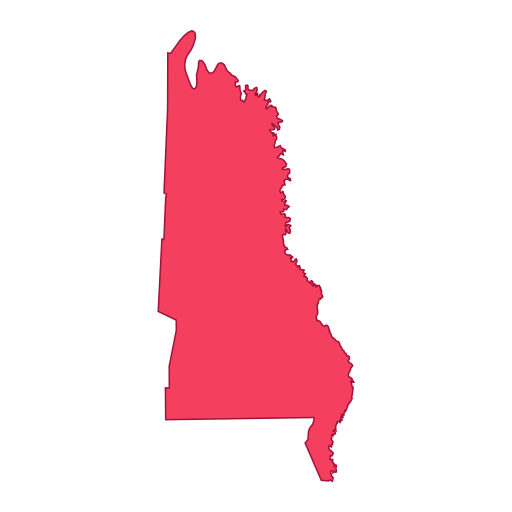 General Manuel Belgrano, Misiones, Argentina
{"feature_id": "61730980B47006381015187", "entity_name": "General Manuel Belgrano", "entity_type": "district", "adm_level": 2, "iso_a3": "ARG", "parent_name": "Argentina", "parent_adm1": "Misiones", "projection": "equal_earth", "projection_center": [-53.829, -25.979], "detail": "fine", "context": "isolated", "style": "filled", "palette": "rose", "viewbox_px": 512, "rotation_deg": 0, "n_neighbors": 0, "source": "geoboundaries", "source_scale": "gbopen_adm2", "svg_char_len": 6036}
<svg xmlns="http://www.w3.org/2000/svg" viewBox="0 0 512 512"><path d="M165.7,419.7L313.9,417.5L314.1,419.3L312.8,424.0L310.0,427.6L309.0,429.8L308.4,432.2L308.0,439.5L305.1,443.0L321.3,480.3L328.6,480.9L330.0,480.0L332.4,481.3L333.1,477.5L331.3,475.6L330.6,471.4L331.4,470.8L333.1,470.8L333.3,471.3L332.9,472.9L334.2,472.0L336.0,472.2L336.5,470.9L335.9,468.7L336.4,466.3L336.1,465.1L335.5,464.9L334.2,466.0L334.2,464.2L333.8,463.1L332.4,462.4L332.8,460.4L332.6,459.3L331.0,459.9L330.1,459.6L330.4,457.7L329.9,456.1L331.1,455.6L331.9,456.0L333.0,454.2L333.2,453.0L331.5,451.0L329.3,449.7L328.6,446.3L329.4,445.7L331.4,447.0L331.8,445.5L331.6,444.9L332.6,444.3L332.3,443.4L332.9,442.7L332.9,441.6L331.2,439.5L331.8,438.0L331.6,436.5L332.1,435.8L332.0,434.8L333.2,435.6L333.4,434.2L335.1,434.0L335.5,433.5L334.6,431.5L333.3,431.3L334.1,429.9L335.7,430.6L335.3,430.0L335.9,429.5L335.6,426.9L336.5,423.8L337.3,423.2L337.0,422.0L339.2,421.4L340.0,422.5L340.3,422.0L339.7,421.4L339.9,419.9L340.4,419.7L341.1,420.7L342.1,420.1L342.0,419.0L341.0,418.0L341.0,416.9L341.3,416.5L341.8,417.4L343.0,417.3L342.3,415.4L343.4,415.7L342.3,414.7L343.8,414.9L343.6,413.7L344.0,413.8L343.9,413.0L344.5,412.4L344.9,410.7L345.4,411.1L345.4,410.3L346.0,410.4L346.4,409.8L348.1,404.7L350.6,401.5L351.7,399.3L352.1,398.2L351.6,395.9L352.2,395.0L353.1,387.8L353.1,387.2L352.3,386.9L351.4,383.7L351.6,382.7L350.7,382.1L350.7,381.6L351.4,381.5L352.1,382.2L353.8,382.2L352.6,380.6L352.7,380.2L351.7,379.9L352.1,379.0L351.6,378.2L348.8,376.6L348.2,375.4L349.1,372.5L350.7,369.4L350.5,368.6L351.6,366.9L352.5,366.4L352.3,364.8L351.6,364.1L348.3,361.6L348.4,360.6L349.4,358.8L349.3,356.7L348.3,355.9L346.7,355.7L346.1,353.5L344.6,352.8L343.8,350.6L342.3,349.6L341.2,346.9L340.3,346.0L339.4,343.5L339.6,343.3L338.3,341.5L336.3,341.1L334.2,338.5L332.0,337.2L330.8,333.8L329.3,331.9L329.9,331.2L329.1,329.7L329.2,329.2L328.5,328.5L328.5,326.8L326.8,325.3L325.8,325.2L324.5,326.4L323.3,325.8L321.2,323.6L320.2,321.7L318.8,320.8L318.0,321.0L317.9,320.5L316.7,320.2L316.8,319.3L316.2,317.9L316.4,316.3L317.7,313.5L317.6,309.6L317.2,308.9L317.3,304.2L318.1,303.8L318.9,299.5L319.6,298.7L320.5,299.1L320.8,298.0L322.0,297.8L322.8,296.8L321.3,293.4L321.7,291.7L321.1,289.9L320.6,289.8L320.7,288.1L320.2,288.2L320.0,286.8L319.0,285.3L318.0,285.9L317.0,285.4L316.6,286.8L315.9,287.0L315.3,286.0L315.4,284.7L313.8,283.7L313.2,286.0L312.5,285.8L311.7,284.1L312.9,282.0L311.7,280.7L310.9,280.9L310.1,283.0L308.3,281.2L307.2,280.8L307.4,278.7L306.8,277.5L306.0,276.7L304.0,276.3L304.2,275.4L305.5,273.9L303.0,272.3L304.2,270.1L299.8,269.2L300.1,267.3L299.5,265.7L298.7,265.7L298.5,266.7L297.6,266.8L295.6,264.1L297.0,261.1L296.4,259.0L294.9,259.5L294.6,260.8L293.7,261.8L292.5,261.3L291.1,261.5L291.2,260.3L290.4,257.7L291.7,258.2L292.7,257.5L292.6,256.9L289.6,254.7L287.9,255.2L286.0,254.2L285.0,253.3L284.6,252.3L285.2,251.4L285.1,249.9L287.6,249.3L286.8,247.7L284.9,247.2L284.6,245.6L283.5,244.8L283.5,241.1L282.4,235.3L282.7,234.6L285.3,234.7L285.8,234.2L285.6,229.2L286.1,229.4L287.2,231.8L288.2,233.0L289.5,233.3L290.2,232.5L290.3,230.3L289.2,227.7L290.8,225.5L288.0,224.4L285.7,226.7L285.1,225.2L285.9,224.5L285.7,223.2L286.2,222.6L289.7,221.5L290.5,218.9L289.0,217.6L285.1,217.4L285.4,215.2L285.0,214.3L284.3,213.7L281.2,214.3L280.0,212.1L283.7,211.5L283.6,209.2L286.4,209.7L287.6,207.9L289.2,206.7L287.3,205.3L284.7,205.3L284.8,204.0L286.3,200.7L285.5,200.2L284.3,201.3L283.3,201.4L282.6,201.1L281.7,199.7L284.0,199.1L285.0,198.1L285.4,196.4L283.3,193.6L283.4,192.4L282.8,191.3L280.7,192.9L279.9,191.5L280.3,189.3L282.0,187.0L282.0,186.0L282.7,185.3L285.0,184.9L284.0,180.5L286.6,179.2L288.0,179.3L289.7,180.6L290.6,180.6L290.4,178.8L287.4,177.1L287.8,174.6L289.6,173.1L289.7,170.0L289.3,169.2L288.1,168.6L286.0,169.4L283.5,169.3L282.3,168.8L282.8,167.8L285.7,166.7L286.6,164.1L283.9,160.4L281.1,158.6L279.2,158.7L277.5,157.3L279.4,155.8L280.7,153.3L283.3,154.9L282.6,150.8L283.2,150.4L285.3,151.4L285.5,150.5L284.8,149.4L281.3,147.9L280.2,145.6L277.3,147.1L275.1,147.6L274.3,147.2L274.2,145.5L275.1,142.7L275.2,140.9L276.3,139.6L276.8,137.4L275.9,135.3L275.9,134.3L273.3,135.9L273.0,134.4L274.0,133.8L274.0,133.1L272.8,132.7L272.3,133.1L271.4,132.5L269.8,130.2L270.2,129.7L273.6,129.7L274.5,129.1L274.8,127.9L274.2,127.5L273.8,126.2L272.0,124.6L271.8,124.0L272.2,123.5L276.5,127.0L277.2,128.0L277.6,130.0L279.4,129.4L279.8,126.9L278.5,125.0L278.1,122.6L282.3,121.7L282.6,120.6L278.9,118.7L277.6,118.7L276.6,116.2L278.4,114.3L278.3,113.8L276.9,111.7L275.7,107.3L271.7,106.7L272.0,105.7L270.8,105.2L268.1,107.1L266.9,108.8L266.0,108.5L266.1,106.5L267.8,104.6L268.2,102.7L269.1,101.6L270.1,102.1L270.8,101.0L269.4,98.8L267.2,100.7L266.3,100.2L264.3,100.1L265.2,95.5L265.1,93.8L266.5,91.9L266.0,90.8L265.1,90.4L262.3,92.4L261.5,93.8L259.6,95.0L259.5,96.4L258.3,96.9L257.6,95.7L257.6,93.3L256.7,93.5L256.5,94.8L255.9,95.3L255.4,95.2L255.1,93.9L257.2,90.4L256.8,87.5L254.3,88.3L253.3,90.0L251.1,90.5L248.8,89.8L247.9,88.8L248.1,86.4L247.6,85.2L245.9,85.3L245.5,85.7L245.7,89.2L245.1,90.3L243.7,91.1L245.0,92.4L245.7,93.9L247.0,94.6L246.1,96.5L246.0,98.7L244.8,100.4L244.6,101.9L243.1,101.6L242.7,100.5L240.9,100.2L240.5,99.1L240.4,96.4L241.4,93.7L240.0,90.1L239.8,85.9L239.1,85.5L236.5,87.1L235.8,86.4L235.4,84.8L235.3,82.1L237.6,81.8L238.1,81.2L238.1,80.4L235.2,76.7L231.6,75.1L230.3,73.2L227.8,71.5L226.6,69.7L224.4,64.9L222.0,63.0L219.6,63.0L217.9,64.2L214.0,71.5L212.2,73.0L210.7,73.2L208.8,72.4L207.2,70.4L205.0,64.8L203.0,61.7L201.5,60.5L199.5,60.5L198.6,62.3L198.4,66.9L196.5,74.9L196.9,81.9L196.5,85.7L195.8,87.6L194.7,88.7L193.7,88.8L192.3,87.9L190.1,83.8L185.8,72.0L185.1,69.8L184.7,64.6L185.7,58.9L187.3,55.4L191.4,49.3L193.1,45.6L195.2,39.2L195.5,36.6L195.1,33.3L194.4,32.1L192.0,30.7L188.3,32.3L184.3,35.6L179.8,40.6L171.3,52.5L170.0,53.3L167.8,52.9L167.6,108.6L164.0,192.9L166.5,194.2L165.7,197.8L163.9,239.4L161.9,239.0L158.2,311.4L176.2,320.1L176.3,330.5L169.2,366.1L169.3,387.9L165.4,387.9L165.7,419.7Z" fill="#f43f5e" stroke="#9f1239" stroke-width="1.5"/></svg>